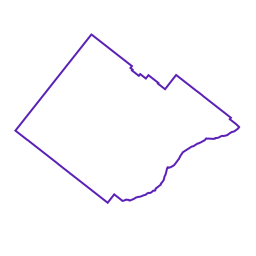 Wiluna, Western Australia, Australia, rotated 218°
{"feature_id": "25037944B27628401872150", "entity_name": "Wiluna", "entity_type": "district", "adm_level": 2, "iso_a3": "AUS", "parent_name": "Australia", "parent_adm1": "Western Australia", "projection": "robinson", "projection_center": [121.784, -25.366], "detail": "fine", "context": "isolated", "style": "outline", "palette": "violet", "viewbox_px": 256, "rotation_deg": 218, "n_neighbors": 0, "source": "geoboundaries", "source_scale": "gbopen_adm2", "svg_char_len": 5361}
<svg xmlns="http://www.w3.org/2000/svg" viewBox="0 0 256 256"><g transform="rotate(218 128 128)"><path d="M87.3,67.2L86.8,68.0L86.3,68.7L85.8,69.5L85.6,69.9L85.4,70.1L85.4,70.4L84.9,70.7L84.4,71.0L83.7,71.4L83.2,71.7L83.1,71.9L82.6,71.9L82.3,71.7L82.1,71.8L81.6,72.4L81.2,73.1L80.8,73.8L80.4,74.6L79.8,75.6L79.4,76.7L79.0,78.0L78.9,78.1L78.5,78.6L78.2,79.1L77.6,80.0L77.2,80.3L76.9,80.6L76.2,81.3L75.9,81.7L75.5,82.3L75.3,82.6L75.1,83.2L74.7,83.9L74.3,84.4L73.9,85.1L73.6,85.5L73.2,86.0L72.9,86.4L72.7,87.9L72.3,88.8L71.8,89.6L71.6,89.6L71.5,89.8L71.0,90.1L70.9,90.2L70.6,90.5L70.3,90.9L70.2,91.1L70.1,91.3L69.8,92.7L69.6,94.1L68.9,94.7L68.4,95.0L68.1,95.6L68.4,96.0L68.5,96.4L68.6,96.8L68.9,97.4L68.9,97.5L68.7,97.8L68.4,99.4L68.2,99.9L68.0,100.9L67.7,102.0L67.3,103.6L67.7,104.1L67.8,104.5L67.8,105.4L67.7,105.6L67.8,108.7L67.9,109.0L68.2,109.8L68.5,110.4L68.8,111.3L69.1,111.7L69.2,111.8L69.3,112.0L69.6,113.5L69.7,114.3L70.0,115.1L70.4,115.8L70.6,116.4L70.9,117.1L71.2,117.7L71.6,118.6L72.1,119.7L72.2,119.9L72.2,120.2L72.3,120.3L72.4,120.5L72.5,121.2L72.5,121.5L72.3,121.6L72.1,121.6L71.9,121.8L71.7,121.9L71.4,121.8L71.3,122.0L71.2,122.3L71.0,122.5L70.4,123.0L70.1,123.7L69.8,124.6L69.4,125.3L69.3,125.8L69.2,125.9L69.2,126.0L68.8,127.0L68.8,127.5L68.8,130.5L68.9,134.0L68.8,134.9L69.0,135.2L69.0,135.5L69.1,136.1L69.3,137.5L69.5,137.7L69.5,137.9L69.5,138.3L69.6,138.8L69.7,141.3L69.8,141.9L69.9,142.4L69.5,143.7L69.1,144.7L68.7,146.0L68.3,147.1L67.9,148.3L67.4,149.5L67.1,150.6L66.4,152.5L65.8,153.2L65.4,153.8L64.9,154.7L64.8,155.2L64.7,155.5L64.6,156.0L64.3,156.7L64.1,157.0L63.8,158.2L63.7,158.5L63.4,158.9L63.2,159.1L62.8,159.4L62.6,159.9L62.5,160.4L62.3,160.7L62.0,161.0L61.5,162.1L61.2,163.0L60.7,164.0L60.5,164.6L60.3,165.0L60.1,165.3L60.0,165.7L60.0,167.8L59.6,168.2L59.1,168.3L58.9,168.5L58.7,168.6L58.3,168.9L57.9,169.4L57.3,169.7L56.8,170.1L56.0,170.6L54.7,171.5L54.0,172.0L53.6,172.7L53.4,172.7L53.0,172.9L53.0,173.5L52.8,174.0L52.0,174.7L51.6,175.1L51.3,175.4L50.9,176.1L50.4,176.8L50.1,177.7L49.9,178.3L49.4,179.1L48.7,180.0L48.2,180.3L47.6,180.6L47.4,180.9L46.9,181.6L46.3,182.3L46.1,182.5L45.8,183.0L45.3,183.6L45.2,184.3L45.1,184.9L44.9,185.4L44.7,186.1L44.4,187.0L44.0,188.0L43.7,188.9L43.3,189.2L42.7,190.1L42.1,190.9L41.9,191.8L41.7,192.5L41.3,193.9L41.0,194.9L41.1,195.3L40.9,196.1L41.0,197.2L45.2,197.6L53.2,197.6L53.2,199.4L68.2,199.4L70.9,199.4L83.0,199.4L84.0,199.4L84.9,199.4L85.7,199.4L86.7,199.4L87.5,199.4L88.0,199.4L88.4,199.4L89.2,199.5L90.3,199.5L91.1,199.5L91.9,199.5L92.7,199.5L93.5,199.5L98.1,199.4L104.7,199.4L112.3,199.4L116.2,199.4L117.9,199.4L118.6,199.4L122.7,199.4L122.7,181.4L131.8,181.4L131.8,182.2L144.4,182.2L144.4,178.0L151.6,178.0L151.6,175.8L154.7,175.8L155.4,175.8L156.4,175.8L157.2,175.8L157.8,175.8L158.7,175.8L159.4,175.8L160.3,175.8L160.3,176.8L161.0,176.8L161.6,176.8L162.2,176.8L163.0,176.8L163.0,179.2L163.9,179.2L165.0,179.2L165.9,179.2L167.0,179.2L167.8,179.2L168.7,179.2L169.5,179.2L170.3,179.2L171.1,179.2L171.9,179.2L172.7,179.2L173.5,179.2L174.3,179.2L175.1,179.2L176.1,179.2L176.9,179.2L177.7,179.2L178.4,179.2L179.4,179.2L180.2,179.2L180.8,179.2L181.5,179.2L182.1,179.2L182.7,179.2L183.2,179.2L183.9,179.2L184.5,179.2L185.3,179.2L185.9,179.2L186.6,179.2L187.4,179.2L188.0,179.2L188.6,179.2L189.3,179.2L189.9,179.2L190.5,179.2L191.2,179.2L192.0,179.2L192.8,179.2L193.4,179.2L194.2,179.2L195.0,179.2L195.6,179.2L196.4,179.2L197.2,179.2L198.0,179.2L198.8,179.2L199.5,179.2L200.1,179.2L200.9,179.2L201.7,179.2L202.5,179.2L203.3,179.2L204.1,179.2L204.7,179.2L205.5,179.2L206.3,179.2L206.9,179.2L207.7,179.2L208.5,179.2L209.3,179.2L210.0,179.2L210.8,179.2L211.4,179.2L212.2,179.2L213.0,179.2L213.8,179.2L214.4,179.1L214.7,129.8L214.9,92.7L215.1,56.6L214.5,56.6L214.3,56.6L213.9,56.6L213.1,56.6L212.0,56.6L211.5,56.6L210.6,56.6L209.5,56.6L208.2,56.6L207.1,56.6L206.2,56.6L205.3,56.6L204.3,56.6L203.4,56.6L202.1,56.6L201.2,56.6L200.4,56.6L200.0,56.6L199.0,56.7L198.6,56.7L197.8,56.7L196.7,56.7L195.7,56.7L195.0,56.7L194.5,56.7L193.9,56.7L193.1,56.7L192.0,56.7L191.1,56.7L190.1,56.7L188.9,56.7L187.9,56.7L187.1,56.7L186.7,56.7L185.7,56.7L185.3,56.7L184.5,56.7L183.7,56.7L183.2,56.7L182.0,56.7L181.2,56.7L180.3,56.7L179.2,56.7L178.1,56.7L177.0,56.7L175.9,56.7L175.1,56.7L174.0,56.7L172.8,56.7L171.7,56.7L170.6,56.7L169.5,56.7L168.6,56.7L167.5,56.7L166.5,56.7L165.6,56.7L164.3,56.7L163.9,56.7L162.9,56.7L162.5,56.7L161.7,56.7L160.6,56.6L159.8,56.6L158.7,56.6L157.9,56.6L157.1,56.6L156.7,56.6L155.4,56.6L154.3,56.6L153.1,56.6L152.0,56.6L151.2,56.6L150.1,56.6L149.2,56.6L148.2,56.6L147.3,56.6L146.4,56.6L145.3,56.5L144.3,56.6L143.4,56.6L142.3,56.6L141.3,56.6L140.4,56.6L139.3,56.6L138.4,56.6L137.4,56.6L136.3,56.6L135.4,56.6L134.3,56.6L133.4,56.6L132.3,56.6L131.2,56.6L130.2,56.6L129.3,56.6L128.4,56.6L127.4,56.6L126.5,56.6L125.5,56.6L124.8,56.6L124.0,56.6L123.5,56.6L122.6,56.6L121.8,56.6L120.7,56.6L119.8,56.6L118.8,56.6L117.9,56.6L116.9,56.6L116.0,56.6L115.5,56.6L114.7,56.6L114.0,56.6L113.3,56.6L112.4,56.6L111.3,56.6L110.4,56.6L109.3,56.6L108.4,56.6L107.3,56.6L106.8,56.6L105.9,56.6L105.0,56.6L103.9,56.6L102.9,56.6L101.9,56.6L100.9,56.6L100.0,56.6L99.1,56.6L98.0,56.6L98.0,67.2L97.4,67.2L96.7,67.2L96.1,67.2L95.4,67.2L94.7,67.2L94.1,67.2L93.3,67.2L92.7,67.2L92.1,67.2L91.5,67.2L90.7,67.2L89.9,67.2L89.3,67.2L88.7,67.2L88.1,67.2L87.3,67.2Z" fill="none" stroke="#5b21b6" stroke-width="2"/></g></svg>